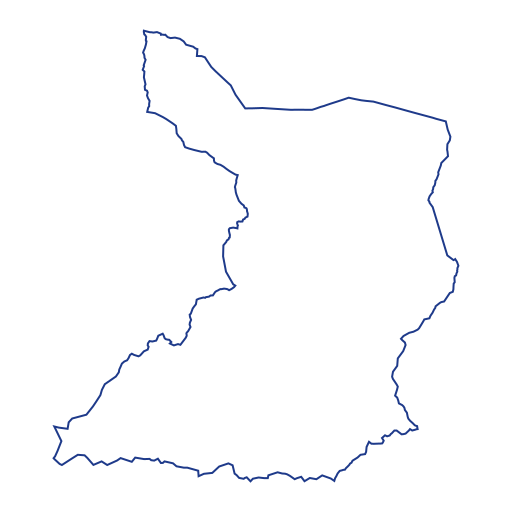 the district of Mixistlán de la Reforma, Oaxaca, Mexico
{"feature_id": "50627088B94921527190935", "entity_name": "Mixistlán de la Reforma", "entity_type": "district", "adm_level": 2, "iso_a3": "MEX", "parent_name": "Mexico", "parent_adm1": "Oaxaca", "projection": "albers", "projection_center": [-96.11, 17.173], "detail": "fine", "context": "isolated", "style": "outline", "palette": "blue", "viewbox_px": 512, "rotation_deg": 0, "n_neighbors": 0, "source": "geoboundaries", "source_scale": "gbopen_adm2", "svg_char_len": 5565}
<svg xmlns="http://www.w3.org/2000/svg" viewBox="0 0 512 512"><path d="M61.9,465.0L72.4,458.2L77.8,454.8L84.6,455.3L87.3,457.9L93.4,464.9L101.6,461.4L107.2,465.0L117.1,460.5L120.6,458.1L131.8,461.8L135.2,457.6L144.1,459.1L149.6,458.9L151.2,460.2L154.2,460.6L157.9,458.7L160.9,463.0L162.9,462.9L164.5,461.4L173.0,463.3L176.5,466.3L184.0,467.7L187.4,467.7L198.2,470.7L198.6,476.2L203.9,473.8L212.3,472.9L219.2,466.5L228.4,463.4L232.6,465.3L234.6,473.6L236.6,475.1L239.1,477.9L243.7,478.8L244.7,478.0L246.7,477.3L250.5,481.3L252.9,478.7L258.6,477.5L263.9,478.1L267.8,478.1L268.4,475.3L277.6,472.3L282.2,473.5L285.1,473.7L287.1,474.3L290.0,475.9L294.7,479.2L296.9,478.2L301.2,476.8L304.5,481.2L309.8,478.0L316.4,479.2L322.2,475.4L330.8,478.5L334.3,480.9L335.1,478.2L336.3,476.2L337.6,473.5L339.7,470.9L342.0,470.3L343.5,469.8L344.9,469.7L346.0,468.1L347.8,466.4L349.4,464.7L350.0,463.6L351.5,462.7L352.5,460.7L357.6,457.5L360.5,454.8L365.1,454.1L366.1,451.9L366.6,446.9L369.0,441.8L371.4,443.7L373.8,443.8L378.9,443.6L380.4,443.6L382.2,443.4L382.9,442.4L383.7,440.7L382.0,438.0L385.0,435.3L387.1,436.3L389.7,435.5L390.9,433.9L391.7,433.4L394.4,430.5L396.6,430.5L401.6,434.3L403.6,434.1L405.6,433.6L408.9,430.5L410.0,429.1L412.2,430.5L414.9,429.8L416.7,429.2L417.6,429.1L417.1,426.1L416.0,425.8L414.8,425.3L412.9,423.3L410.1,420.8L408.3,418.6L407.7,416.8L406.9,412.7L404.9,410.0L404.4,407.8L403.5,406.4L402.2,405.1L398.9,403.4L398.2,400.4L397.2,397.6L395.1,395.7L397.0,389.8L397.8,386.6L396.6,384.4L392.9,378.9L392.1,376.7L393.0,371.7L397.2,365.9L397.8,358.4L403.2,351.1L404.1,348.8L405.6,345.0L404.9,342.5L402.3,340.2L401.0,338.8L403.5,336.0L409.2,332.8L413.5,331.7L417.7,329.6L419.1,328.2L421.3,324.6L423.4,321.1L424.3,319.4L429.4,318.3L430.5,315.7L432.5,312.8L434.1,309.5L435.2,308.0L435.6,306.3L440.0,302.8L441.3,302.1L444.1,301.5L449.8,293.0L452.8,291.8L453.4,289.3L453.5,286.6L453.7,283.6L454.7,282.2L454.4,277.9L454.8,276.2L456.1,275.4L456.5,273.3L457.3,271.7L457.1,270.5L457.4,269.6L457.4,268.1L458.4,265.8L457.0,261.9L455.2,259.1L454.5,259.7L453.5,260.1L447.3,255.4L432.7,207.1L429.5,202.7L429.4,201.6L428.4,200.3L428.6,199.1L429.6,196.3L431.3,193.9L432.8,192.3L432.4,190.8L433.1,189.1L433.3,187.2L434.7,185.3L435.3,182.8L435.4,180.8L436.5,179.4L438.5,174.3L438.2,172.3L440.8,165.5L441.3,163.0L448.0,156.2L447.5,151.7L447.1,149.7L447.4,144.2L449.8,140.4L450.4,136.7L447.7,129.6L445.8,121.4L436.1,118.8L432.6,117.7L421.1,114.6L415.5,113.1L406.4,110.6L400.3,108.9L394.9,107.4L385.8,105.0L373.4,101.6L366.2,100.9L361.3,100.3L355.2,99.1L348.7,97.7L343.8,99.4L337.7,101.4L330.2,103.8L325.5,105.4L324.2,105.9L320.6,106.9L317.3,108.1L314.7,109.0L312.1,109.8L307.0,109.8L298.9,109.7L290.7,109.8L276.3,108.9L262.5,108.0L252.8,108.3L245.2,108.4L235.5,94.7L230.8,85.4L227.5,82.4L215.7,71.4L211.3,67.0L208.5,62.8L204.9,57.3L201.6,56.1L196.9,56.0L197.4,49.1L195.5,48.5L193.2,46.7L186.1,44.7L183.7,41.4L179.9,38.8L175.0,37.6L170.5,38.1L167.6,37.1L165.3,34.7L164.3,34.9L162.5,34.6L161.0,34.8L160.8,33.6L157.0,32.1L153.4,32.6L151.7,32.3L149.7,32.2L143.9,30.7L143.8,31.8L144.3,34.4L145.2,35.1L146.2,36.8L145.8,40.1L146.0,41.0L146.5,41.3L145.9,44.6L144.8,48.4L143.8,50.5L143.1,52.6L143.6,53.6L144.0,54.2L144.4,55.9L144.5,57.8L145.6,59.8L145.4,60.4L143.7,65.3L144.1,66.1L142.7,69.8L144.4,71.5L144.2,74.3L143.9,77.3L145.5,84.3L144.7,86.4L145.0,89.8L147.0,90.7L147.7,92.4L147.0,95.5L148.0,98.2L149.6,100.9L149.1,104.1L149.2,106.2L148.2,107.6L147.2,111.9L155.1,113.2L162.9,117.1L166.3,119.1L172.7,123.4L175.9,125.8L176.3,128.6L176.7,133.3L178.5,136.1L181.4,138.9L182.0,140.4L183.3,141.9L184.0,145.0L185.1,147.2L189.2,148.6L194.2,150.0L201.6,151.8L205.4,151.7L207.1,152.7L209.4,155.1L213.1,157.8L213.9,158.3L214.0,160.7L214.6,162.3L216.2,163.3L217.5,164.0L220.4,164.8L223.6,166.7L226.3,168.8L229.4,171.0L231.9,172.5L235.5,174.6L237.7,175.1L236.8,178.2L236.2,180.4L236.3,182.6L235.3,185.5L234.9,187.1L235.2,188.0L235.5,189.7L235.8,192.2L236.5,194.7L238.9,200.8L241.4,203.7L243.8,205.5L244.4,207.5L246.0,208.0L246.6,208.5L247.0,210.1L247.0,211.1L247.3,212.0L247.8,213.8L247.7,214.8L247.5,216.6L245.4,217.6L244.6,218.9L243.1,219.5L242.4,221.5L240.4,221.6L238.6,221.4L237.2,222.2L237.1,223.5L237.9,225.5L237.6,226.0L237.4,228.4L236.2,228.1L233.2,227.6L229.8,228.2L228.9,229.3L228.9,230.8L229.4,233.1L229.9,235.0L229.7,237.5L229.0,237.9L228.5,239.4L226.9,240.4L226.2,242.0L223.4,245.3L223.1,256.4L226.0,271.7L233.2,284.3L235.3,285.6L234.1,287.1L231.6,288.9L229.1,290.2L227.5,289.2L226.1,288.9L223.9,288.6L223.4,288.8L222.6,288.9L221.0,289.2L220.3,289.1L219.0,289.8L217.8,290.5L216.2,291.2L215.0,292.2L212.9,295.4L210.5,295.5L209.1,296.6L207.6,296.9L206.0,297.1L205.2,297.8L203.5,297.5L198.9,298.7L196.7,299.7L195.9,304.3L194.2,306.4L192.7,308.5L190.8,313.7L189.7,314.6L190.0,317.0L191.1,319.9L189.9,322.6L189.6,324.6L190.5,327.0L188.1,331.2L186.7,332.7L186.4,333.5L186.7,335.2L186.6,336.0L185.7,337.8L180.4,344.8L178.0,344.1L173.9,345.4L169.9,343.5L171.3,342.0L169.2,339.8L167.4,339.6L165.6,339.1L164.6,338.1L163.6,335.3L162.7,333.7L159.2,335.3L158.3,335.7L157.6,337.5L157.0,339.0L156.2,340.6L152.4,341.5L149.5,341.1L147.9,343.4L147.7,345.4L148.6,346.8L147.7,349.6L143.9,351.3L140.2,355.4L138.5,356.3L134.0,354.9L131.8,353.7L130.0,355.0L128.5,358.2L127.1,360.3L124.3,361.5L121.9,363.6L120.5,366.9L119.3,369.5L118.8,372.3L115.9,376.5L104.8,384.2L101.9,389.9L100.4,395.1L96.2,401.6L92.9,406.5L86.4,414.7L72.2,418.5L68.7,422.3L67.6,428.8L58.8,427.6L54.3,426.5L61.4,441.1L57.5,451.0L55.1,456.3L53.6,458.2L54.3,459.0L59.6,463.9L61.9,465.0Z" fill="none" stroke="#1e3a8a" stroke-width="2"/></svg>